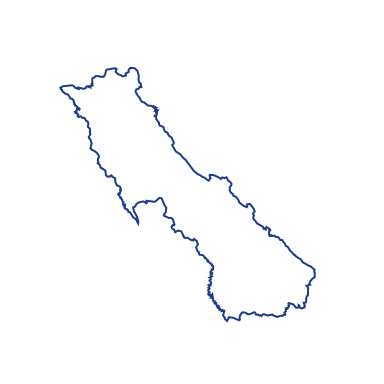 Miandrivazo, Menabe, Madagascar (Natural Earth projection), rotated 150°
{"feature_id": "10022922B2580716977723", "entity_name": "Miandrivazo", "entity_type": "district", "adm_level": 2, "iso_a3": "MDG", "parent_name": "Madagascar", "parent_adm1": "Menabe", "projection": "natural_earth1", "projection_center": [45.43, -19.207], "detail": "fine", "context": "isolated", "style": "outline", "palette": "blue", "viewbox_px": 384, "rotation_deg": 150, "n_neighbors": 0, "source": "geoboundaries", "source_scale": "gbopen_adm2", "svg_char_len": 6039}
<svg xmlns="http://www.w3.org/2000/svg" viewBox="0 0 384 384"><g transform="rotate(150 192 192)"><path d="M254.7,227.8L255.0,226.9L256.3,226.4L256.5,227.3L257.1,227.1L256.7,224.1L257.0,222.9L256.4,222.6L256.7,221.3L256.3,220.5L257.0,218.3L256.4,217.6L256.6,216.9L257.7,216.3L257.9,215.2L256.5,214.6L257.5,214.0L257.0,213.5L257.1,212.8L257.5,212.5L257.8,213.0L258.3,212.1L258.2,210.9L256.7,209.2L257.0,208.5L256.4,207.9L257.1,206.6L255.9,205.7L255.5,199.1L254.2,196.7L254.4,191.8L253.2,193.2L252.0,198.5L251.9,204.5L250.7,208.1L248.7,207.8L246.2,209.4L243.0,209.5L238.9,208.2L237.7,206.6L237.3,205.1L236.3,205.3L235.7,207.1L229.7,202.5L228.5,202.1L223.3,203.2L221.5,201.8L222.3,194.8L222.2,191.0L224.8,187.7L227.3,186.6L228.2,185.6L225.0,181.0L223.3,180.2L222.4,178.5L222.4,177.2L223.5,172.5L224.1,172.2L225.1,172.9L227.1,172.3L227.4,170.3L226.3,167.9L226.7,165.6L223.5,165.6L221.0,163.4L221.1,159.9L221.6,159.0L221.1,157.7L221.7,157.1L221.5,156.4L220.7,155.4L218.6,154.6L217.6,152.1L215.4,149.5L214.2,150.3L213.5,150.2L213.2,148.4L212.3,147.6L213.2,143.5L216.0,142.2L216.8,138.3L216.2,136.2L217.0,134.7L216.7,133.7L214.6,132.3L213.8,130.8L213.9,129.0L213.6,129.2L212.8,126.4L213.1,125.4L212.3,124.7L213.1,123.7L212.3,122.9L212.0,121.0L211.3,120.6L211.4,119.3L211.1,119.5L210.9,118.2L211.4,117.4L210.9,116.8L212.4,114.5L213.5,115.1L213.6,114.3L215.8,113.8L216.3,112.3L215.1,111.7L215.4,111.1L216.5,111.8L216.5,111.1L217.3,110.8L216.9,109.0L219.4,109.1L219.0,108.6L219.4,106.8L221.0,106.7L220.8,103.8L222.6,102.0L223.1,102.9L224.2,103.0L223.9,102.3L224.3,101.5L225.1,100.2L225.6,100.4L225.3,99.4L227.1,98.9L227.5,97.5L226.9,96.6L228.0,96.2L227.6,95.7L227.9,94.7L228.4,95.5L229.1,95.0L228.1,92.6L227.5,93.5L226.4,93.0L225.6,93.3L226.3,91.4L227.1,91.8L226.9,90.1L227.7,90.2L227.0,89.6L228.1,86.8L227.3,86.1L227.8,86.0L227.7,84.9L226.9,84.2L227.6,84.0L227.9,84.6L228.1,84.2L227.1,83.2L227.4,82.8L227.1,81.4L226.3,80.5L227.3,80.2L226.4,79.2L227.2,79.1L226.9,78.6L227.4,78.4L226.9,77.5L227.1,76.4L226.1,76.7L225.8,75.5L226.0,74.3L224.8,74.3L225.1,73.7L223.5,73.0L226.9,69.3L226.5,66.8L227.0,65.8L226.2,62.8L222.6,65.1L219.5,62.8L215.4,57.4L214.4,57.5L213.5,59.7L212.0,61.1L209.5,62.4L208.2,62.4L206.0,60.7L204.7,58.1L202.5,57.2L198.3,56.8L197.6,55.9L197.8,53.6L196.5,53.1L195.4,51.4L194.6,51.3L194.0,49.9L191.7,50.7L189.9,49.3L188.6,47.4L183.6,45.6L183.0,43.7L181.8,42.9L181.1,41.3L176.3,40.3L175.5,39.4L174.0,39.6L172.8,39.0L172.2,40.1L172.2,41.5L170.4,41.7L169.0,44.2L168.1,43.4L167.7,44.0L167.2,43.5L165.4,44.4L164.8,44.9L165.1,45.7L164.1,46.5L164.1,47.3L163.5,47.3L160.4,43.9L159.7,39.7L157.4,38.6L156.2,40.7L155.8,39.8L156.4,37.9L155.3,36.3L152.2,35.8L152.0,36.7L151.1,37.1L150.6,40.2L149.5,39.5L148.2,39.7L146.0,43.1L144.7,44.3L143.2,44.6L139.4,50.9L139.6,53.5L138.5,52.8L137.5,53.2L136.0,52.6L135.9,54.1L135.0,55.2L130.7,56.8L128.4,56.8L126.2,60.5L126.0,62.0L124.7,63.2L126.6,68.6L127.6,69.6L131.2,75.8L131.4,79.0L134.3,84.5L134.2,85.6L134.9,86.4L136.4,92.8L136.5,96.7L137.7,98.4L137.5,100.9L138.0,105.4L139.6,106.3L139.8,109.5L140.7,110.6L141.6,110.8L142.7,113.2L143.6,113.3L144.7,114.8L144.9,114.2L146.7,114.9L146.8,116.1L145.2,118.9L144.0,120.3L143.8,119.6L143.3,119.8L143.2,120.7L145.1,124.5L146.3,124.1L146.9,122.7L148.3,124.3L148.0,126.6L151.4,132.4L151.7,136.1L152.3,137.9L151.5,139.6L150.1,140.6L150.2,142.7L147.4,143.8L146.9,146.4L147.5,151.1L148.2,153.0L150.5,153.7L151.3,151.9L152.3,151.5L154.5,154.9L156.2,158.9L155.8,162.1L156.3,165.6L158.1,168.0L157.6,169.6L158.7,172.0L158.5,174.5L156.8,177.2L154.5,178.3L153.7,179.3L153.8,181.4L155.2,184.1L154.7,186.0L154.8,187.6L157.0,187.8L158.5,189.5L160.4,188.8L161.9,191.8L165.0,196.0L168.0,197.9L168.4,197.6L169.0,194.8L171.8,193.5L172.5,194.3L173.9,198.2L175.4,199.8L177.0,203.4L177.9,204.1L179.9,209.4L181.5,223.2L182.7,226.5L183.2,230.3L185.7,235.1L185.8,241.7L185.4,242.8L184.1,242.9L183.0,243.9L182.5,249.4L183.9,252.5L183.6,255.7L185.1,257.7L185.0,260.4L184.2,262.0L185.0,263.7L186.6,265.3L186.8,266.9L186.0,268.4L186.5,272.9L185.6,274.9L186.3,276.5L185.7,276.7L184.8,275.9L182.9,277.7L183.5,278.4L182.2,279.1L183.2,279.2L183.3,279.9L181.8,280.1L183.2,280.8L181.6,281.5L182.5,282.5L182.6,283.7L181.0,283.3L182.5,285.8L183.1,285.9L182.7,285.0L183.0,284.7L184.2,287.0L186.9,288.9L188.6,293.4L190.1,294.9L190.6,297.3L190.2,300.0L190.7,301.8L190.8,306.5L190.4,307.6L188.7,308.7L186.7,308.1L184.6,309.2L183.6,308.1L183.2,308.2L182.9,310.3L182.2,311.2L182.9,313.7L182.0,316.2L179.9,319.3L178.7,324.1L179.6,327.6L182.1,329.6L182.9,329.7L183.3,330.4L185.9,329.4L186.8,327.6L190.2,327.8L190.9,325.9L194.5,326.9L195.0,328.5L197.1,331.0L198.0,333.9L198.0,334.5L195.8,336.1L196.6,337.6L204.4,340.5L205.6,340.4L208.4,337.1L211.1,335.9L211.9,336.8L213.6,337.3L214.7,338.9L217.6,340.6L219.7,339.9L221.0,340.4L222.4,339.2L224.5,334.6L225.1,335.5L226.1,334.0L227.2,334.4L227.6,333.6L228.0,334.8L228.8,334.5L229.2,335.7L230.8,336.1L231.4,335.3L233.5,335.3L235.1,336.2L238.2,339.4L238.9,339.5L238.9,338.1L239.5,338.6L239.4,339.3L240.8,340.2L241.7,343.5L243.2,344.7L250.9,348.1L253.8,348.2L254.1,346.6L253.4,345.6L253.9,344.7L253.4,342.7L252.4,340.3L251.0,338.9L250.4,336.9L250.7,333.8L249.3,332.7L248.7,330.3L249.5,328.9L249.3,327.6L250.1,327.2L249.6,325.7L249.9,324.8L249.1,324.3L249.0,323.2L247.7,320.3L248.4,319.6L249.2,321.1L250.1,321.5L251.4,319.8L253.3,320.0L253.4,319.2L252.9,318.0L252.2,317.9L251.8,315.9L253.2,314.6L252.6,313.6L250.5,313.2L249.8,310.9L248.2,310.1L248.0,306.2L247.1,305.3L247.5,303.1L249.6,300.5L248.8,297.8L250.0,295.3L250.4,295.3L251.1,292.8L254.0,291.2L254.2,290.1L253.7,288.6L254.6,284.3L258.2,280.5L257.7,279.7L257.9,279.1L255.7,275.8L254.8,273.2L254.5,270.4L254.9,268.9L256.8,267.8L257.8,266.3L258.0,264.7L259.3,264.1L258.3,261.7L258.9,258.6L258.2,258.0L258.1,256.9L257.4,256.4L256.4,253.7L258.1,249.7L257.5,247.5L256.8,247.0L255.7,246.9L255.2,246.3L253.6,246.8L253.0,244.4L251.7,242.4L253.3,239.2L253.7,236.2L253.6,234.9L252.8,234.5L251.8,232.5L251.9,230.7L252.6,229.4L253.1,229.7L253.3,228.5L254.7,227.8Z" fill="none" stroke="#1e3a8a" stroke-width="2"/></g></svg>